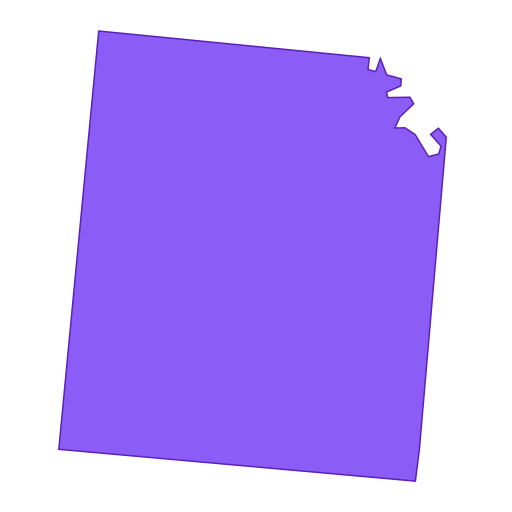 outline of Concho, Texas, United States of America, rotated 5°
{"feature_id": "52423323B74717321160891", "entity_name": "Concho", "entity_type": "district", "adm_level": 2, "iso_a3": "USA", "parent_name": "United States of America", "parent_adm1": "Texas", "projection": "natural_earth1", "projection_center": [-99.711, 31.334], "detail": "fine", "context": "isolated", "style": "filled", "palette": "violet", "viewbox_px": 512, "rotation_deg": 5, "n_neighbors": 0, "source": "geoboundaries", "source_scale": "gbopen_adm2", "svg_char_len": 465}
<svg xmlns="http://www.w3.org/2000/svg" viewBox="0 0 512 512"><g transform="rotate(5 256 256)"><path d="M79.7,45.6L76.4,465.8L434.4,466.4L435.6,434.1L435.2,121.0L426.6,112.8L419.3,119.6L430.8,130.5L429.0,138.6L419.1,141.9L404.0,121.2L393.3,115.3L383.2,116.4L387.3,104.8L399.8,90.6L395.5,84.4L373.5,86.7L371.6,81.4L385.4,73.9L385.3,66.9L370.4,64.2L362.7,48.4L359.2,61.8L351.3,60.5L351.6,48.6L79.7,45.6Z" fill="#8b5cf6" stroke="#5b21b6" stroke-width="1.5"/></g></svg>